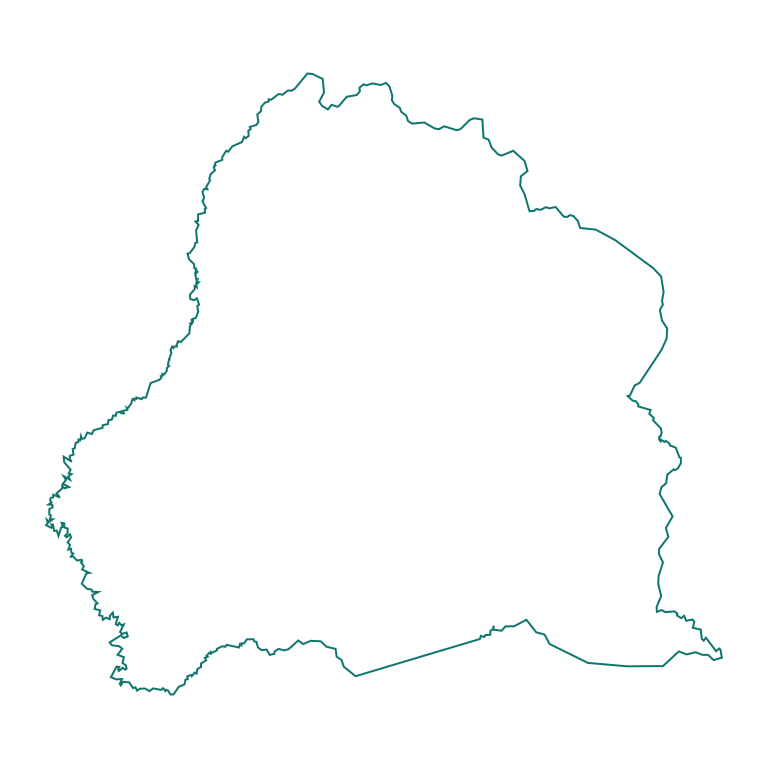 outline of Kalumbila, North-Western, Zambia
{"feature_id": "96606910B30237809157373", "entity_name": "Kalumbila", "entity_type": "district", "adm_level": 2, "iso_a3": "ZMB", "parent_name": "Zambia", "parent_adm1": "North-Western", "projection": "natural_earth1", "projection_center": [25.402, -12.363], "detail": "fine", "context": "isolated", "style": "outline", "palette": "teal", "viewbox_px": 768, "rotation_deg": 0, "n_neighbors": 0, "source": "geoboundaries", "source_scale": "gbopen_adm2", "svg_char_len": 6010}
<svg xmlns="http://www.w3.org/2000/svg" viewBox="0 0 768 768"><path d="M322.7,79.0L312.5,74.0L307.4,73.5L294.9,88.6L291.6,90.7L287.9,90.5L282.6,94.7L278.6,94.0L271.1,99.8L268.7,99.3L268.6,101.5L264.8,102.7L261.4,106.8L260.8,111.4L257.3,114.4L258.4,122.0L256.3,125.0L249.8,127.0L250.6,129.1L248.3,130.9L248.7,135.9L245.7,138.2L244.1,136.8L242.0,142.0L232.5,146.2L228.2,151.7L226.2,150.8L222.2,157.1L222.3,159.8L215.4,162.6L214.6,165.3L216.1,164.8L213.7,167.4L215.0,170.3L210.8,173.9L209.2,179.0L210.1,180.4L206.2,186.9L207.4,189.3L204.2,188.9L202.5,191.8L204.1,197.9L202.5,201.4L206.1,208.1L204.8,209.2L205.0,212.7L198.1,214.4L198.0,221.0L195.5,221.5L198.6,225.0L196.1,230.5L197.2,242.3L195.3,243.0L194.3,247.1L189.7,253.1L187.5,253.6L189.0,259.1L194.2,264.4L194.2,267.8L196.8,268.8L195.2,268.9L197.5,271.7L196.7,272.8L195.8,271.1L195.1,273.5L196.3,279.6L197.6,279.2L196.4,282.5L198.6,282.3L196.3,284.8L196.8,287.4L194.6,286.0L194.6,289.3L190.0,294.6L190.2,298.9L193.6,300.2L196.9,298.4L199.1,304.8L197.3,305.9L198.2,311.8L195.8,318.0L192.7,318.9L193.0,321.1L191.8,320.4L192.2,322.1L190.4,323.4L191.7,323.9L190.0,325.8L189.4,333.3L180.9,342.0L177.2,341.0L178.3,342.0L176.6,344.2L176.9,346.5L173.8,346.6L173.4,348.0L172.0,346.8L170.4,350.4L171.5,352.5L169.1,359.3L170.1,360.1L168.9,359.8L167.9,365.0L169.1,365.9L166.9,368.0L166.7,371.1L164.0,374.6L162.4,373.9L162.5,375.6L160.8,376.1L161.4,377.8L159.1,380.0L150.7,383.0L145.9,397.7L142.5,397.6L141.7,399.2L136.4,397.5L136.3,398.9L134.0,398.7L134.3,400.1L132.4,399.3L130.9,404.2L127.6,408.4L126.7,407.7L127.3,409.9L122.9,410.9L123.8,413.4L121.2,413.2L120.9,411.5L116.4,412.7L115.8,415.8L113.1,415.5L111.8,419.6L108.5,420.1L108.0,424.0L102.7,425.3L102.5,427.8L93.8,430.2L91.8,434.1L87.4,432.6L84.6,438.3L81.9,438.8L81.0,436.0L80.1,440.4L78.4,439.7L78.3,442.2L75.7,442.7L74.7,448.3L72.7,449.0L73.5,454.6L69.9,455.8L69.6,458.6L71.7,461.7L63.7,456.7L64.2,462.2L70.6,469.7L68.7,473.4L71.5,474.1L68.3,476.4L70.0,479.7L63.7,476.2L65.9,480.0L62.9,483.8L69.0,487.0L64.5,488.3L62.3,485.8L62.1,488.5L56.5,493.4L59.9,497.5L53.3,494.7L53.2,497.3L50.7,497.9L50.0,500.2L51.5,502.5L48.5,504.5L52.3,504.8L52.7,507.2L49.3,509.1L49.3,514.4L50.9,515.4L49.9,519.2L52.7,519.3L49.1,521.9L46.9,519.8L47.7,523.3L46.1,525.1L51.4,527.9L52.7,527.1L51.4,524.5L53.0,524.7L54.1,530.9L56.8,530.6L58.5,535.9L61.0,527.8L62.7,526.9L61.6,522.9L64.2,523.3L64.4,527.5L67.8,528.6L67.4,533.7L65.0,535.8L66.7,537.3L70.0,534.4L71.1,537.5L67.6,542.5L70.0,544.8L68.3,549.6L71.0,548.8L71.4,552.6L73.3,553.6L70.2,557.3L72.7,556.0L76.9,560.5L81.6,559.7L82.3,561.6L80.9,562.3L83.8,566.2L82.1,569.5L89.4,572.9L86.4,573.3L81.8,583.7L87.1,588.9L91.5,589.5L92.4,591.7L98.2,592.0L92.2,595.1L93.3,598.9L97.5,603.4L95.5,604.4L94.6,608.9L100.2,610.4L99.1,615.2L102.4,616.1L102.8,619.8L106.1,617.6L109.7,619.2L109.9,615.6L112.9,612.6L113.5,617.4L117.9,616.8L115.7,624.1L117.6,625.4L119.3,622.9L121.3,625.2L123.8,624.4L120.1,632.0L122.2,633.9L126.6,632.5L127.7,636.5L123.8,638.0L120.9,635.3L109.7,642.4L112.0,645.3L119.1,646.2L122.3,648.7L117.6,654.8L123.8,657.1L122.6,663.1L125.9,665.3L126.6,668.6L125.2,669.7L122.7,667.8L118.9,671.0L118.0,669.7L119.3,667.0L116.6,666.6L110.9,677.1L116.3,679.4L122.0,679.0L119.7,683.8L120.9,685.4L122.8,681.9L129.1,682.3L133.0,688.1L135.5,687.3L137.0,690.6L139.9,688.7L145.0,688.5L149.5,691.1L153.2,688.4L161.0,689.9L163.0,688.2L165.3,691.0L165.9,689.7L168.2,690.7L170.3,694.4L173.5,694.5L178.7,686.8L184.4,684.5L185.5,679.6L187.8,679.1L187.2,676.4L190.8,675.0L191.7,676.3L194.7,672.6L196.6,673.6L197.2,669.2L201.0,667.0L201.0,663.5L206.2,660.3L204.8,657.9L207.6,656.8L206.5,655.9L209.1,652.9L210.7,653.7L210.8,651.9L212.1,652.7L217.0,650.3L216.9,648.9L222.3,646.2L225.2,646.8L226.7,644.9L239.0,647.5L240.0,644.1L241.4,645.3L241.5,643.4L244.1,643.4L246.7,639.4L253.4,639.2L254.3,641.4L256.4,641.8L257.9,647.3L261.5,650.1L266.7,649.6L269.7,654.9L274.3,653.9L274.7,651.4L278.6,648.9L284.4,650.4L288.6,649.2L298.2,640.5L303.4,644.1L310.6,640.8L320.8,641.3L326.4,646.7L335.6,648.9L336.6,656.6L341.6,660.1L343.8,666.7L355.5,676.2L479.9,639.0L480.9,635.9L484.2,637.0L485.4,635.1L490.2,634.8L490.4,630.8L492.8,629.4L493.8,625.7L493.4,629.7L501.6,630.7L505.4,626.4L514.0,626.3L526.4,619.8L536.2,632.3L544.6,634.6L549.6,644.0L587.9,662.9L627.0,666.3L663.0,666.1L678.8,651.4L686.6,654.4L695.8,652.2L702.1,654.8L708.1,654.9L713.7,660.1L721.9,657.7L720.4,649.5L719.1,648.5L716.1,651.2L705.9,637.7L703.7,640.6L701.8,638.8L700.7,629.6L692.8,627.8L694.3,621.8L692.5,619.5L686.3,620.8L684.0,615.7L681.2,618.2L676.9,615.4L677.3,613.5L674.6,611.4L665.3,612.1L661.7,610.1L656.9,611.8L656.6,607.0L661.2,596.1L658.2,583.8L658.6,575.9L663.0,562.4L658.9,554.0L659.2,548.8L668.3,536.9L665.9,527.9L672.6,516.4L659.6,494.0L661.4,487.3L666.1,483.3L667.3,474.7L673.7,469.3L674.8,470.2L677.9,468.4L680.9,463.1L680.8,457.8L679.4,457.2L675.7,447.6L669.8,445.4L669.4,443.3L665.7,440.9L664.6,442.0L661.0,439.7L660.6,441.3L659.2,439.6L659.2,436.6L660.6,436.4L661.6,432.6L661.0,428.5L653.0,420.2L653.9,418.1L649.3,413.7L650.6,410.0L638.2,406.4L638.3,404.2L635.8,401.2L632.6,400.6L627.7,396.1L629.9,395.5L634.7,385.4L639.7,382.8L661.5,349.9L666.6,338.6L667.2,328.5L662.0,320.5L659.9,309.9L662.9,304.6L662.0,301.1L663.6,291.8L661.1,276.5L653.4,268.3L615.5,240.3L595.7,229.6L580.1,228.0L577.9,221.1L573.4,216.0L569.8,215.1L567.5,216.9L563.7,216.6L555.6,207.0L549.5,208.3L545.9,207.2L540.5,209.9L536.4,209.0L534.0,211.0L529.5,211.2L524.6,194.3L520.2,185.6L520.9,176.3L527.5,171.0L524.6,161.0L513.2,150.8L501.6,155.6L498.2,154.4L491.7,147.7L488.6,139.6L483.5,137.7L482.4,119.5L473.9,118.3L469.8,119.9L460.5,129.1L456.7,130.2L444.2,126.3L438.9,129.2L434.6,128.4L424.2,122.5L412.0,123.6L408.1,121.1L406.2,115.6L401.2,111.8L399.7,107.7L394.2,104.1L391.8,100.0L392.4,96.0L389.5,86.5L386.0,82.9L380.8,85.0L372.3,83.4L366.7,85.3L363.5,84.4L359.4,87.8L359.9,91.3L356.8,95.0L346.7,96.8L339.1,105.8L337.3,106.8L331.6,104.8L327.9,109.4L322.1,105.9L319.2,101.7L324.0,92.5L322.7,79.0Z" fill="none" stroke="#0f766e" stroke-width="2"/></svg>